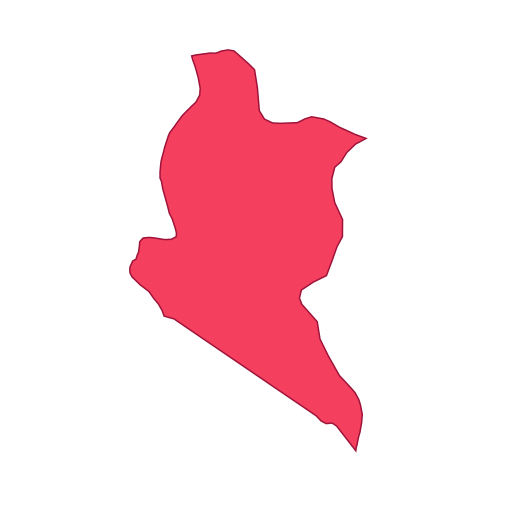 the district of Millet, Anse-la-Raye, Saint Lucia, rotated 171°
{"feature_id": "8701671B66361265375763", "entity_name": "Millet", "entity_type": "district", "adm_level": 2, "iso_a3": "LCA", "parent_name": "Saint Lucia", "parent_adm1": "Anse-la-Raye", "projection": "natural_earth1", "projection_center": [-60.988, 13.911], "detail": "fine", "context": "isolated", "style": "filled", "palette": "rose", "viewbox_px": 512, "rotation_deg": 171, "n_neighbors": 0, "source": "geoboundaries", "source_scale": "gbopen_adm2", "svg_char_len": 2073}
<svg xmlns="http://www.w3.org/2000/svg" viewBox="0 0 512 512"><g transform="rotate(171 256 256)"><path d="M128.9,354.9L139.1,360.6L153.4,370.1L161.5,376.7L167.6,380.7L179.2,384.8L186.1,383.8L194.3,381.2L211.1,383.2L218.8,384.8L226.2,389.8L230.0,398.9L228.3,422.1L228.3,440.2L233.1,446.8L245.5,461.9L251.1,463.9L258.0,463.9L263.8,462.6L270.1,463.7L273.8,463.7L275.4,463.8L284.7,464.0L285.2,463.9L288.2,463.7L288.0,461.2L288.0,460.8L286.5,452.6L285.8,447.2L285.6,445.1L285.2,441.9L284.9,430.3L286.4,423.8L288.5,421.0L291.2,417.4L295.3,414.6L295.8,414.3L296.4,413.9L299.3,411.7L301.0,410.6L306.2,406.7L308.9,404.2L313.9,399.2L315.5,397.5L322.0,391.2L323.7,388.5L329.1,377.9L332.0,371.1L333.5,367.9L334.9,364.4L336.1,360.2L337.7,353.7L338.6,347.8L337.7,344.6L337.7,343.7L337.6,338.1L337.5,336.2L335.8,321.4L335.7,320.2L335.6,319.8L335.5,318.8L334.9,311.8L332.9,305.6L331.4,296.0L331.0,291.4L331.4,289.1L331.9,287.5L337.0,285.8L342.4,286.3L344.3,286.7L353.1,289.6L354.1,289.9L358.3,291.0L363.1,291.4L364.7,291.4L365.4,290.9L368.5,288.4L368.8,287.6L369.7,283.7L371.1,279.3L371.4,278.2L371.7,277.7L373.3,275.3L373.8,274.0L375.1,271.6L375.9,271.3L378.7,270.3L380.0,268.1L381.0,266.7L381.9,265.3L382.6,263.3L383.1,259.4L382.9,258.4L382.8,257.9L382.0,255.8L381.7,254.7L381.3,254.2L381.1,253.9L380.0,252.5L375.4,246.3L374.8,245.5L374.2,244.9L370.8,241.4L367.3,237.6L363.5,229.9L361.7,226.9L360.0,224.0L359.4,222.6L357.2,216.6L356.3,211.8L356.2,211.0L346.6,206.6L345.5,205.5L344.2,204.2L342.8,202.9L337.1,197.5L221.5,88.7L217.6,83.0L213.0,79.5L206.9,79.1L203.0,75.5L187.9,48.0L186.5,52.3L185.9,53.3L184.2,58.1L182.8,61.7L180.8,65.9L179.1,71.0L177.7,75.0L176.8,79.0L175.8,82.9L176.0,88.3L176.1,92.1L176.9,97.9L178.2,101.7L179.6,105.6L180.6,107.2L183.1,111.2L184.9,113.9L192.3,124.8L200.2,146.0L205.8,164.0L205.8,181.5L218.3,201.1L219.7,207.6L216.5,215.3L203.4,221.3L189.5,225.6L181.1,240.4L174.6,252.4L167.6,261.6L164.8,278.5L169.9,296.5L170.4,310.7L169.0,320.5L164.3,331.4L157.3,335.8L150.3,343.9L140.1,351.0L128.9,354.9Z" fill="#f43f5e" stroke="#9f1239" stroke-width="1.5"/></g></svg>